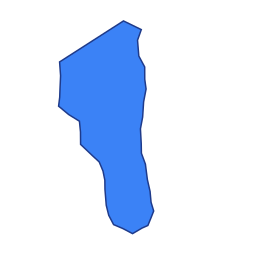 Kannavia, Nicosia, Cyprus (Equal Earth projection), rotated 328°
{"feature_id": "46923920B89449499533313", "entity_name": "Kannavia", "entity_type": "district", "adm_level": 2, "iso_a3": "CYP", "parent_name": "Cyprus", "parent_adm1": "Nicosia", "projection": "equal_earth", "projection_center": [32.984, 34.982], "detail": "fine", "context": "isolated", "style": "filled", "palette": "blue", "viewbox_px": 256, "rotation_deg": 328, "n_neighbors": 0, "source": "geoboundaries", "source_scale": "gbopen_adm2", "svg_char_len": 627}
<svg xmlns="http://www.w3.org/2000/svg" viewBox="0 0 256 256"><g transform="rotate(328 128 128)"><path d="M80.7,72.7L84.8,85.1L90.4,96.5L85.6,106.2L79.1,116.8L83.2,132.7L85.6,141.5L84.0,151.2L80.7,160.0L75.9,167.9L68.6,182.0L65.4,191.8L64.6,202.3L70.2,210.3L71.4,212.3L75.9,220.0L86.9,220.3L93.2,221.2L100.7,215.8L105.8,212.0L108.2,203.2L113.1,193.5L117.1,182.0L123.6,167.9L126.0,156.5L130.8,148.5L138.1,135.3L146.2,126.5L155.1,114.1L164.0,104.5L168.0,95.6L174.5,85.1L175.3,72.7L182.6,58.6L191.4,51.6L180.9,34.8L105.0,35.7L98.5,48.0L91.2,58.6L86.4,65.7L80.7,72.7Z" fill="#3b82f6" stroke="#1e3a8a" stroke-width="1.5"/></g></svg>